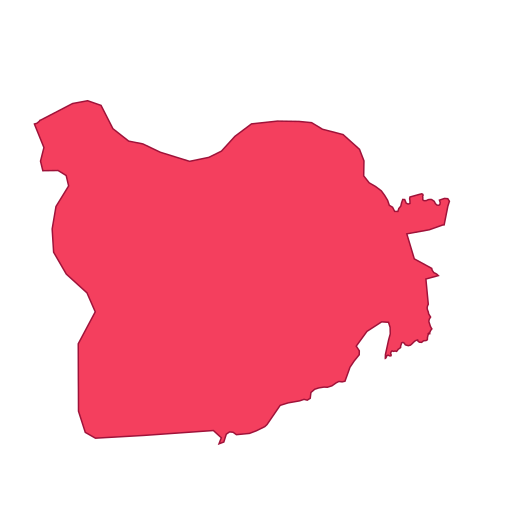 outline of Gourma-Rharous, Timbuktu, Mali, rotated 171°
{"feature_id": "8926073B81360088660364", "entity_name": "Gourma-Rharous", "entity_type": "district", "adm_level": 2, "iso_a3": "MLI", "parent_name": "Mali", "parent_adm1": "Timbuktu", "projection": "natural_earth1", "projection_center": [-2.501, 16.02], "detail": "fine", "context": "isolated", "style": "filled", "palette": "rose", "viewbox_px": 512, "rotation_deg": 171, "n_neighbors": 0, "source": "geoboundaries", "source_scale": "gbopen_adm2", "svg_char_len": 2814}
<svg xmlns="http://www.w3.org/2000/svg" viewBox="0 0 512 512"><g transform="rotate(171 256 256)"><path d="M321.9,76.3L316.9,77.3L313.2,84.7L309.6,86.4L306.2,85.5L303.3,82.6L290.2,81.8L283.0,83.3L274.0,86.1L271.5,87.8L255.5,104.7L247.3,105.9L235.6,106.1L231.0,106.9L227.9,105.6L224.7,107.0L223.1,112.6L218.9,115.2L214.6,115.9L209.3,115.9L206.0,115.2L201.3,115.9L196.6,118.2L193.8,119.1L190.6,118.2L187.7,118.4L187.6,118.6L181.5,129.7L181.5,129.8L181.4,129.9L180.7,131.3L175.4,137.0L169.5,142.3L168.8,146.2L171.1,151.3L158.2,164.2L142.2,171.3L135.5,169.8L134.7,164.5L135.6,158.0L138.1,152.5L143.6,138.4L144.3,134.8L144.3,134.7L143.8,134.9L142.8,136.2L142.5,137.1L141.0,137.4L139.7,136.5L138.9,136.3L138.2,136.4L138.0,137.2L138.0,137.4L138.0,137.5L138.3,138.9L138.3,139.0L137.8,139.8L137.5,140.2L136.5,141.0L136.1,140.8L135.1,140.3L133.5,140.4L132.1,139.8L131.2,140.5L130.2,141.6L128.5,142.4L127.5,143.0L127.4,143.5L127.2,144.5L126.0,146.8L125.8,147.4L124.4,147.7L123.3,146.8L122.4,144.9L121.2,144.3L119.6,143.6L117.4,143.8L115.9,144.7L115.5,145.0L115.3,145.1L114.0,146.1L112.4,147.1L111.1,147.6L110.5,147.7L109.5,147.8L109.4,146.7L108.7,145.9L108.1,145.3L105.9,144.8L104.6,145.6L103.6,146.1L102.1,145.9L100.6,146.0L99.8,146.7L99.4,148.7L99.2,149.1L98.7,150.5L98.2,151.4L97.0,152.2L96.9,152.2L97.0,152.3L97.6,152.6L96.2,153.4L95.2,155.1L93.7,156.5L94.4,158.1L94.8,159.5L95.2,162.2L95.4,163.3L95.5,164.6L94.6,166.7L93.1,168.4L94.5,171.7L94.6,173.9L95.1,176.2L95.1,178.0L94.4,179.9L93.4,181.3L91.8,206.7L79.0,208.1L80.3,209.8L81.4,210.7L83.0,211.8L84.2,214.3L84.4,216.3L100.1,228.4L103.6,254.3L80.7,254.8L66.9,257.4L65.3,257.3L58.7,275.2L56.4,279.8L57.6,282.6L60.8,283.4L66.1,282.5L65.7,279.8L66.4,278.0L67.6,277.5L69.2,277.9L70.6,279.6L71.4,282.1L73.7,284.3L75.0,284.6L75.9,284.7L77.1,284.7L79.0,284.1L80.7,284.2L81.8,284.6L82.5,285.5L82.1,287.6L82.1,288.9L81.5,289.8L81.6,290.8L82.5,291.5L85.2,291.3L94.7,290.2L95.3,288.5L95.3,286.5L95.7,283.8L97.6,283.5L99.4,284.7L100.3,288.5L102.2,288.9L103.9,285.8L105.2,282.6L107.5,280.6L108.9,277.8L112.1,278.4L113.5,282.8L116.4,285.2L117.3,290.4L119.5,295.8L122.0,300.7L127.0,305.9L132.8,310.6L137.1,318.3L134.5,333.1L137.1,345.2L151.0,362.3L170.5,370.8L180.2,379.0L192.5,382.2L213.8,385.9L239.8,387.2L258.1,377.5L273.7,365.0L287.2,360.8L306.8,359.9L334.2,373.4L350.2,384.4L363.8,389.4L377.4,404.1L385.5,429.0L398.0,435.7L413.3,435.3L447.5,423.9L448.2,423.8L448.6,423.3L449.2,422.8L451.6,421.4L451.9,421.3L453.1,421.2L454.2,421.1L454.2,420.9L448.5,396.3L454.0,383.4L453.2,373.6L438.1,371.4L430.9,365.2L430.1,354.5L445.8,336.2L453.1,314.6L455.3,291.4L446.2,267.8L428.7,246.0L423.5,226.0L445.3,197.1L450.9,161.0L452.2,152.4L455.6,130.5L452.2,108.5L443.1,101.2L420.4,98.9L394.5,96.3L325.4,90.3L318.7,81.9L321.9,76.3Z" fill="#f43f5e" stroke="#9f1239" stroke-width="1.5"/></g></svg>